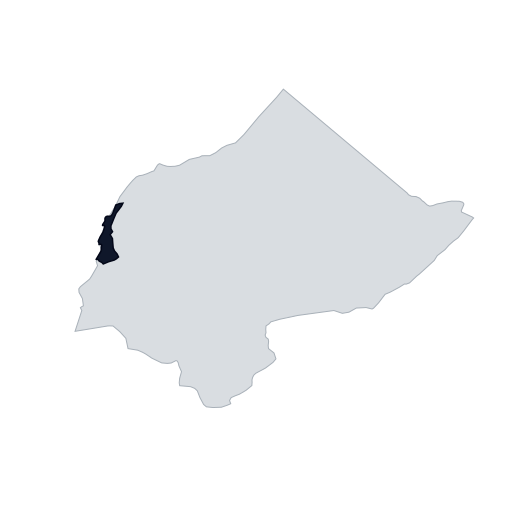 location of Moroto within Uganda, rotated 220°
{"feature_id": "UGA-3127", "entity_name": "Moroto", "entity_type": "District", "adm_level": 1, "iso_a3": "UGA", "parent_name": "Uganda", "parent_adm1": "", "projection": "natural_earth1", "projection_center": [34.678, 2.605], "detail": "fine", "context": "in_parent", "style": "filled", "palette": "ink", "viewbox_px": 512, "rotation_deg": 220, "n_neighbors": 0, "source": "natural_earth", "source_scale": "10m", "svg_char_len": 3231}
<svg xmlns="http://www.w3.org/2000/svg" viewBox="0 0 512 512"><g transform="rotate(220 256 256)"><path d="M342.3,401.4L336.6,401.4L327.2,401.4L317.8,401.4L308.4,401.4L299.0,401.4L289.6,401.4L280.2,401.4L270.8,401.4L261.4,401.4L252.0,401.4L242.6,401.4L233.2,401.4L223.8,401.4L214.4,401.4L205.0,401.4L195.6,401.4L186.2,401.4L180.7,401.4L179.5,401.2L178.8,400.9L175.2,401.7L171.6,404.4L167.7,405.5L163.5,405.1L163.0,405.4L160.9,405.3L157.8,405.1L155.1,405.8L153.0,408.2L150.8,412.2L147.0,416.8L144.0,420.9L141.4,423.8L135.5,428.6L132.3,430.0L130.7,429.8L129.8,428.9L127.9,422.7L126.8,421.8L115.4,424.9L113.7,425.0L113.8,423.1L113.0,408.7L112.9,399.9L114.3,394.3L115.2,388.0L115.3,382.4L117.4,372.8L116.6,367.1L119.3,347.0L120.0,343.8L121.1,334.1L122.8,331.1L124.3,329.9L126.2,324.0L130.0,314.5L132.5,309.6L132.0,298.9L132.4,291.6L133.0,290.0L138.5,287.3L145.7,280.6L148.7,272.7L153.0,267.6L161.3,264.3L185.9,237.2L197.3,222.6L202.3,215.1L202.4,212.4L203.4,208.9L201.4,206.1L199.0,203.6L198.2,201.3L196.2,200.1L193.2,200.2L191.3,198.5L189.1,195.2L186.9,193.1L179.9,193.3L174.6,190.0L174.6,185.4L176.7,176.3L180.8,166.0L181.1,163.2L180.5,160.7L179.5,158.6L177.7,156.6L175.9,154.1L177.3,146.7L179.9,139.4L182.0,135.7L184.0,131.6L183.4,128.3L180.4,126.6L182.0,123.4L185.3,117.9L191.5,112.3L197.0,108.6L200.7,108.6L207.9,111.5L214.3,115.0L217.9,115.2L222.2,113.8L231.1,107.6L233.3,109.5L235.9,113.3L238.7,119.5L244.4,122.3L247.1,124.3L249.0,124.9L250.1,124.4L252.2,119.5L254.8,116.8L259.5,113.5L270.1,110.8L277.6,110.0L280.7,109.4L286.1,107.8L294.5,102.8L302.8,109.3L311.8,110.5L320.5,110.5L323.1,108.5L324.7,107.0L333.8,96.4L346.2,82.0L354.4,102.3L357.3,103.5L356.9,105.2L356.2,106.9L361.6,111.8L368.2,114.4L370.6,116.9L370.8,119.6L368.6,131.4L369.0,134.8L371.1,146.7L375.1,149.3L378.6,161.3L385.7,166.3L386.7,167.8L388.3,173.6L390.5,179.9L392.2,181.4L393.2,181.7L395.3,188.5L394.1,192.2L395.7,203.7L398.4,214.0L399.1,226.2L399.1,231.6L399.0,234.9L398.5,239.6L397.2,242.3L394.9,244.9L392.4,249.0L390.2,253.5L388.9,255.6L389.9,262.3L389.6,264.0L389.1,264.8L385.8,265.8L381.7,267.6L379.3,269.4L375.7,272.7L372.9,276.4L369.2,287.1L362.9,295.4L361.8,298.1L355.9,303.1L353.3,309.2L351.7,316.7L349.4,322.1L344.4,329.5L343.3,341.1L343.4,364.4L342.2,390.9L342.3,401.4Z" fill="#d9dde1" stroke="#a8b0b8" stroke-width="1"/><path d="M376.3,150.7L377.8,159.9L378.3,161.0L380.0,163.2L380.8,164.6L381.3,165.2L382.0,165.4L382.3,165.3L382.9,164.7L383.1,164.6L383.3,164.5L383.5,164.0L383.6,163.9L383.8,164.0L384.0,164.3L384.0,164.5L384.3,164.7L385.7,165.6L386.0,165.6L386.4,166.2L386.6,166.7L387.7,170.6L388.5,175.9L390.7,181.2L391.2,181.8L391.9,181.9L392.4,181.4L392.7,180.9L393.2,180.8L393.7,181.6L394.0,184.7L394.3,185.9L395.8,187.6L396.2,188.6L396.1,190.0L395.3,191.1L394.3,191.8L393.3,192.6L392.8,194.1L393.2,196.6L395.2,202.3L396.2,204.9L394.2,208.5L391.9,210.9L391.1,207.5L390.7,198.9L388.9,193.0L387.3,188.2L386.6,185.9L384.6,183.6L381.5,182.4L381.5,178.6L379.7,178.0L377.2,177.1L374.4,174.2L370.6,170.4L367.6,168.9L363.8,168.3L360.7,166.9L361.1,164.2L362.0,161.7L365.2,156.9L367.9,151.7L369.9,152.0L371.9,151.5L373.1,151.3L374.3,151.8L375.3,151.4L376.2,150.7L376.3,150.7L376.3,150.7Z" fill="#0f172a" stroke="#020617" stroke-width="1.5"/></g></svg>